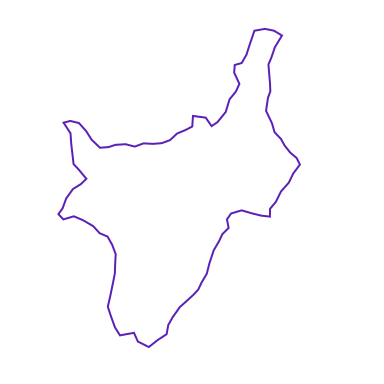 the district of Mauá, São Paulo, Brazil, rotated 342°
{"feature_id": "56859067B13191510448941", "entity_name": "Mauá", "entity_type": "district", "adm_level": 2, "iso_a3": "BRA", "parent_name": "Brazil", "parent_adm1": "São Paulo", "projection": "orthographic", "projection_center": [-46.443, -23.666], "detail": "fine", "context": "isolated", "style": "outline", "palette": "violet", "viewbox_px": 384, "rotation_deg": 342, "n_neighbors": 0, "source": "geoboundaries", "source_scale": "gbopen_adm2", "svg_char_len": 1380}
<svg xmlns="http://www.w3.org/2000/svg" viewBox="0 0 384 384"><g transform="rotate(342 192 192)"><path d="M301.2,57.9L292.6,69.4L286.1,78.4L279.1,84.7L271.9,84.4L269.0,91.5L270.5,103.8L264.7,110.1L256.4,115.4L248.8,126.3L237.9,133.4L231.0,135.4L228.0,125.5L216.4,120.0L212.5,129.8L204.4,131.1L195.8,131.8L187.0,135.9L178.3,136.2L169.9,134.2L161.0,130.8L151.6,131.1L143.5,126.0L133.8,123.5L126.6,123.5L118.2,121.5L112.7,111.3L110.2,101.5L105.8,91.5L98.2,86.8L91.3,86.4L94.6,98.6L92.1,108.6L88.0,128.8L91.3,135.9L95.6,146.8L88.9,150.1L79.7,152.4L70.4,159.2L63.9,167.5L58.1,171.8L61.2,178.3L72.1,178.6L79.7,185.2L87.5,194.0L91.4,202.6L97.9,208.3L99.8,217.7L100.2,227.6L96.5,237.2L93.6,245.3L88.9,253.8L82.4,265.2L76.5,275.1L76.5,284.7L76.9,297.0L79.2,306.1L93.3,308.0L94.3,317.5L103.0,326.1L113.9,322.1L123.9,319.4L128.3,311.2L134.8,305.2L145.0,297.6L153.0,294.1L161.8,290.1L167.8,286.7L173.2,281.0L180.8,274.3L186.8,264.8L194.7,254.1L202.7,247.0L207.8,241.5L215.7,237.5L216.8,228.8L222.6,224.5L233.5,224.8L243.0,231.2L250.6,235.9L258.5,239.5L261.0,232.1L268.7,227.3L276.8,219.0L287.0,213.0L294.1,205.6L303.1,199.3L302.0,192.0L297.6,184.9L294.4,176.3L293.0,169.0L289.0,160.7L289.3,151.3L287.5,137.7L293.3,126.0L297.6,120.5L299.8,112.6L302.4,101.5L304.1,94.4L309.0,88.7L315.7,79.8L325.9,71.0L319.8,63.9L311.8,59.4L301.2,57.9Z" fill="none" stroke="#5b21b6" stroke-width="2"/></g></svg>